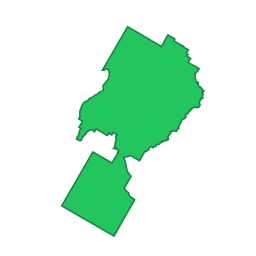 Coomalie, Northern Territory, Australia (Robinson projection), rotated 30°
{"feature_id": "25037944B16759006021093", "entity_name": "Coomalie", "entity_type": "district", "adm_level": 2, "iso_a3": "AUS", "parent_name": "Australia", "parent_adm1": "Northern Territory", "projection": "robinson", "projection_center": [131.197, -13.152], "detail": "fine", "context": "isolated", "style": "filled", "palette": "green", "viewbox_px": 256, "rotation_deg": 30, "n_neighbors": 0, "source": "geoboundaries", "source_scale": "gbopen_adm2", "svg_char_len": 5471}
<svg xmlns="http://www.w3.org/2000/svg" viewBox="0 0 256 256"><g transform="rotate(30 128 128)"><path d="M159.2,41.0L147.4,41.2L147.4,36.4L143.3,36.4L143.2,34.4L141.3,34.4L141.3,34.2L141.2,30.1L135.3,30.2L135.3,29.6L124.0,29.6L124.0,27.4L116.1,27.4L116.1,40.7L94.7,40.5L77.0,40.5L77.0,66.9L76.9,90.8L78.5,89.8L79.4,87.9L79.8,87.5L82.1,87.6L82.5,87.3L85.1,91.2L86.5,94.9L85.6,100.7L85.7,101.1L85.6,101.4L85.4,101.6L85.1,103.7L86.8,106.3L87.1,106.7L87.7,107.3L86.1,110.8L85.9,111.0L85.1,111.2L85.1,112.7L84.5,114.2L83.2,115.7L81.9,119.0L79.8,121.7L79.6,123.6L78.4,125.7L77.9,126.6L77.3,127.6L77.0,127.8L77.0,133.1L77.6,135.0L77.9,136.2L77.8,136.4L77.6,136.6L79.6,140.8L80.6,141.8L80.7,142.0L80.7,144.8L85.2,144.8L85.2,151.9L87.5,151.9L87.4,155.0L87.7,155.7L88.7,158.4L88.4,161.2L88.9,163.3L90.1,163.2L90.1,163.3L90.4,163.3L90.6,163.2L90.8,162.8L92.1,163.2L93.7,162.2L93.2,159.6L93.7,156.6L93.6,155.8L93.7,155.7L94.3,155.1L94.6,153.4L94.4,152.6L94.5,151.5L94.8,151.0L95.4,150.2L95.8,149.4L95.6,148.9L95.7,148.5L96.6,148.3L97.9,147.7L98.7,147.1L99.2,147.6L100.1,148.1L100.8,148.2L100.8,144.8L107.7,144.7L107.9,144.9L114.0,144.8L113.9,142.1L117.4,142.1L117.4,139.3L121.9,139.3L121.9,139.6L121.6,141.2L121.7,141.7L121.9,142.2L122.1,142.5L123.4,143.7L124.4,147.4L124.5,147.7L124.9,148.1L125.0,148.4L125.4,150.1L125.8,150.6L125.8,152.5L126.0,152.2L126.5,152.3L126.9,152.5L127.0,152.2L127.1,151.8L127.2,151.4L127.4,151.1L127.5,151.4L128.0,152.2L128.4,152.3L128.9,151.8L129.3,151.6L129.7,151.4L130.1,151.6L130.3,151.9L131.2,152.1L131.5,152.2L131.6,152.5L131.1,152.5L131.1,153.8L131.7,153.5L131.6,166.3L109.5,166.3L109.5,228.6L169.9,228.6L169.7,208.4L169.7,186.8L169.1,186.7L164.5,186.4L163.6,186.2L163.3,186.1L163.1,185.9L161.7,184.4L160.8,183.9L160.2,183.7L158.5,183.5L157.2,183.2L156.7,183.1L156.3,182.8L155.9,182.4L154.8,181.4L154.8,168.5L154.2,168.0L153.8,167.8L150.4,166.6L149.6,166.2L148.8,165.6L148.2,165.0L145.4,161.9L142.7,158.8L141.7,157.8L140.2,156.7L138.9,155.9L144.1,150.6L154.3,150.6L154.3,141.2L154.5,140.4L154.4,140.3L154.4,139.9L155.0,139.2L155.7,138.7L155.8,138.3L156.0,137.8L156.8,136.3L156.8,136.2L156.6,135.7L156.6,135.4L156.3,135.0L156.3,134.8L156.2,134.2L156.3,134.0L156.5,133.6L156.7,133.4L157.1,132.9L157.5,132.6L158.3,132.6L158.6,132.5L158.9,132.6L159.4,132.6L159.6,132.6L159.8,132.4L159.9,132.1L159.7,131.3L159.8,130.9L160.1,130.5L160.3,130.4L160.9,130.4L161.1,130.3L161.2,130.2L161.2,129.9L160.9,129.5L160.9,129.4L161.1,129.1L161.2,128.5L161.3,127.7L162.1,127.4L163.3,126.2L163.4,125.0L163.8,124.2L164.0,123.4L164.6,123.3L164.8,123.1L164.4,122.4L164.3,122.2L164.4,121.8L165.0,121.9L165.1,121.3L165.3,121.0L166.1,120.9L167.0,120.1L167.1,119.8L167.6,119.7L167.8,119.5L167.8,119.4L167.5,118.7L167.8,118.3L168.5,118.4L168.6,117.5L168.4,117.5L168.0,117.8L167.9,117.7L168.2,117.3L168.2,117.1L167.3,116.3L167.1,115.8L166.9,115.4L167.3,114.4L167.3,114.1L166.9,113.5L167.3,113.0L167.3,112.3L167.6,111.0L167.5,110.7L166.7,110.8L166.4,110.5L166.5,110.4L167.2,110.3L167.4,110.1L167.2,109.6L167.9,108.6L168.1,108.3L168.4,108.2L168.6,108.2L169.0,107.8L169.4,107.4L169.9,107.2L170.6,107.1L171.2,106.8L171.8,106.1L171.7,105.8L171.2,105.0L171.1,104.4L171.4,103.8L172.1,103.5L172.2,103.3L171.6,103.0L171.5,102.9L171.5,102.5L171.8,102.3L171.6,101.6L171.6,101.4L170.9,100.8L171.1,100.0L170.6,99.3L170.6,99.1L171.0,98.6L170.9,97.9L170.9,97.5L171.1,97.0L170.8,95.7L170.8,94.9L170.6,93.6L170.7,93.1L171.1,93.0L172.1,92.0L172.4,91.1L172.4,90.8L172.4,90.7L172.2,90.6L172.2,90.1L172.3,90.0L172.5,90.0L172.6,89.8L172.6,89.6L172.5,89.4L172.3,88.9L172.2,88.7L171.5,88.2L171.2,87.9L171.3,87.3L171.4,87.1L171.6,86.9L171.9,86.7L172.2,86.4L172.5,85.7L172.6,85.2L172.6,84.7L172.7,84.4L172.7,84.2L172.5,83.5L172.4,83.1L172.4,82.9L172.6,82.8L173.0,82.7L173.2,82.3L173.2,81.9L172.8,82.0L172.8,81.9L172.9,81.6L173.0,81.5L173.0,81.4L172.8,81.3L172.9,81.2L173.2,81.1L173.4,80.9L173.3,80.5L173.5,79.9L173.4,79.5L173.4,79.3L173.6,78.9L174.4,77.9L174.6,77.6L174.5,77.3L174.5,77.1L174.7,76.8L174.8,76.8L175.1,76.9L175.4,76.9L175.5,76.7L175.8,76.6L176.1,76.6L176.3,76.4L176.7,76.0L176.8,75.9L177.0,75.9L177.4,76.0L177.6,75.9L177.8,75.8L177.9,75.3L178.1,75.4L178.6,74.9L178.9,74.6L179.0,74.3L179.0,74.2L178.8,73.8L179.1,73.1L179.0,72.7L178.9,72.1L178.6,71.6L178.3,71.3L177.8,71.0L177.5,70.8L177.4,70.4L177.1,70.2L177.1,69.5L177.0,69.2L176.9,69.0L176.6,68.5L176.4,68.4L176.6,67.7L176.9,67.0L176.9,66.8L176.7,66.4L176.7,66.0L176.9,65.9L177.1,65.5L177.1,65.4L176.9,64.8L176.9,64.6L177.0,64.5L177.6,64.7L177.8,64.7L178.0,64.6L178.0,64.4L177.8,64.2L177.3,64.2L177.1,64.1L176.6,63.8L176.6,63.7L176.3,63.5L176.2,63.2L176.1,62.6L176.3,61.7L176.3,61.4L176.2,61.3L175.8,61.2L175.7,61.0L175.5,60.7L175.4,60.6L174.8,60.5L174.6,60.3L174.5,60.1L174.9,59.5L174.9,59.2L175.3,58.5L175.4,58.2L175.1,57.9L174.8,58.2L174.6,58.2L174.4,58.1L174.0,57.8L173.4,57.6L173.0,57.6L172.6,57.1L172.4,56.9L172.1,56.8L171.5,56.7L170.7,56.4L170.0,56.4L169.3,56.7L168.9,56.7L168.6,56.6L168.4,56.5L167.9,55.9L167.3,55.3L166.8,54.7L166.5,54.0L166.4,53.8L166.1,53.6L165.5,53.3L165.2,53.3L165.1,53.5L165.4,54.2L165.4,54.3L165.1,54.5L164.8,54.4L164.4,54.2L163.3,53.4L163.2,53.2L162.8,52.6L162.6,52.3L161.2,50.9L160.4,50.1L160.3,49.8L159.8,48.6L159.7,48.4L159.4,48.2L159.0,47.9L158.7,47.2L158.7,46.8L158.8,46.6L159.1,46.5L159.4,46.2L159.5,46.0L159.6,44.1L159.8,43.1L159.9,42.6L160.0,42.2L160.0,41.6L159.9,41.1L159.7,41.1L159.5,41.5L159.4,41.5L159.3,41.4L159.2,41.3L159.2,41.0Z" fill="#22c55e" stroke="#15803d" stroke-width="1.5"/></g></svg>